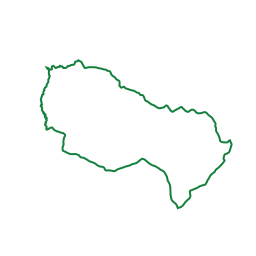 the district of Córdoba, Quindío, Colombia, rotated 29°
{"feature_id": "7082276B37877063835041", "entity_name": "Córdoba", "entity_type": "district", "adm_level": 2, "iso_a3": "COL", "parent_name": "Colombia", "parent_adm1": "Quindío", "projection": "mercator", "projection_center": [-75.669, 4.396], "detail": "fine", "context": "isolated", "style": "outline", "palette": "green", "viewbox_px": 256, "rotation_deg": 29, "n_neighbors": 0, "source": "geoboundaries", "source_scale": "gbopen_adm2", "svg_char_len": 5649}
<svg xmlns="http://www.w3.org/2000/svg" viewBox="0 0 256 256"><g transform="rotate(29 128 128)"><path d="M223.2,89.3L222.9,89.6L222.4,90.7L222.0,92.1L221.8,92.4L221.2,92.8L219.6,93.7L218.0,94.4L216.7,94.8L215.9,94.8L215.1,94.7L214.7,94.5L213.7,93.2L211.5,91.1L209.4,89.6L207.0,88.3L206.4,87.8L205.9,86.9L205.4,86.0L204.9,85.2L203.6,84.4L203.3,83.9L203.0,83.0L202.7,82.2L202.2,81.5L201.7,81.1L200.8,80.8L197.6,78.8L196.0,78.2L192.0,77.6L189.3,76.7L188.1,76.6L186.7,77.4L185.1,79.2L183.9,80.2L182.4,81.0L181.5,81.4L180.1,81.3L178.2,80.6L176.7,80.3L175.2,80.8L174.3,81.8L173.2,84.1L172.6,84.9L171.4,85.0L170.5,85.3L167.9,84.5L166.1,84.2L165.3,83.7L164.8,83.7L164.2,84.0L163.6,84.8L163.2,85.7L160.5,89.8L159.5,91.8L159.1,92.2L158.6,92.3L157.7,92.1L157.2,92.2L156.5,92.1L155.3,91.2L154.8,91.0L154.0,90.8L153.5,90.6L153.0,90.2L152.2,89.7L151.4,89.5L150.8,89.6L150.4,89.9L150.1,90.4L149.5,92.3L149.2,92.8L147.8,93.8L146.6,95.1L146.1,95.4L145.3,95.7L144.1,95.9L142.9,95.8L141.9,95.7L140.2,95.7L139.1,95.6L137.6,95.9L135.8,95.9L133.7,95.6L132.6,95.3L132.2,95.3L131.7,95.5L131.0,95.6L130.0,95.5L129.3,95.2L126.6,92.9L125.6,92.4L125.2,92.2L124.7,92.2L124.3,92.4L123.6,92.8L123.1,93.0L122.6,93.0L122.2,93.0L121.8,92.8L121.1,92.3L120.7,92.1L120.3,92.1L119.8,92.2L119.0,92.6L118.4,92.7L115.8,92.5L113.9,92.9L112.5,93.3L110.8,93.8L109.3,93.9L107.1,94.4L106.5,94.4L106.0,94.3L105.3,94.0L105.0,93.9L104.3,94.0L104.0,94.2L103.1,95.5L102.6,95.9L102.1,96.0L101.6,95.8L100.5,95.2L100.2,95.0L99.8,95.0L98.9,92.7L97.7,91.2L97.3,91.1L96.8,91.0L94.9,91.1L94.1,91.0L93.4,90.8L92.3,90.2L91.8,90.0L89.7,89.9L88.9,89.8L87.5,89.2L86.9,88.8L86.0,88.0L85.2,87.5L84.7,87.3L84.2,87.3L82.2,87.9L80.7,87.7L80.2,87.8L78.3,88.5L75.9,89.0L72.8,90.1L71.3,90.3L70.5,90.5L65.1,93.3L63.7,94.3L61.9,96.0L61.4,96.4L61.0,96.4L60.6,96.3L59.7,95.5L59.0,95.4L58.7,95.2L57.9,94.5L57.0,94.1L55.6,93.0L54.7,92.8L52.8,93.0L52.3,92.9L51.8,92.8L51.1,94.4L49.8,95.5L49.8,95.9L50.1,97.3L50.1,98.0L50.0,98.7L49.7,99.1L49.2,99.5L48.6,99.7L47.2,101.1L47.1,101.6L46.9,102.0L46.5,102.3L45.5,102.8L45.3,103.0L45.3,103.7L45.1,104.4L44.7,105.3L44.1,105.9L43.1,106.5L42.6,106.8L42.1,106.8L41.8,106.7L41.1,106.1L40.8,106.0L40.3,106.1L39.6,106.7L39.3,106.8L38.6,106.5L38.3,106.5L38.1,107.0L38.1,108.1L37.8,108.4L36.6,109.1L36.5,109.4L36.2,110.0L35.9,110.5L35.6,110.6L35.3,110.6L33.2,109.9L32.7,109.9L32.4,110.0L31.9,110.6L31.7,111.2L31.9,111.8L32.7,113.1L32.8,113.5L32.8,113.9L32.5,114.2L31.8,114.5L31.0,114.6L29.0,114.4L27.7,114.6L28.5,115.1L29.9,115.4L30.6,115.7L31.1,116.1L32.3,118.6L32.7,119.1L33.4,120.0L33.7,120.2L34.3,120.3L34.5,120.6L34.5,121.7L34.9,122.9L34.8,124.0L34.9,124.5L35.6,125.5L35.9,126.5L36.0,127.8L35.8,128.9L35.8,129.4L36.6,131.1L36.4,131.8L35.8,133.0L36.0,134.0L35.9,134.9L36.0,135.2L36.6,135.7L36.6,135.8L36.4,136.6L36.7,138.0L37.0,138.6L37.5,139.1L37.6,139.3L37.6,139.7L36.9,140.4L36.9,140.9L37.5,142.2L37.3,142.9L37.7,143.9L37.7,144.8L37.9,145.4L38.2,145.7L38.6,145.9L38.9,146.5L39.6,147.0L39.9,147.8L40.2,148.0L41.2,148.9L41.4,149.2L41.4,149.6L41.3,149.8L40.9,150.1L41.2,150.6L41.1,151.2L41.5,151.3L42.0,151.2L42.8,151.8L43.4,152.2L43.4,153.1L44.3,154.3L45.0,154.5L45.6,154.9L46.9,155.2L47.1,155.5L46.9,155.8L46.6,155.7L46.5,155.8L46.6,156.0L47.4,156.4L48.3,156.1L48.8,156.8L49.1,156.7L49.3,156.4L49.6,156.5L49.5,157.2L49.8,157.8L49.7,158.2L49.8,158.5L50.1,158.7L50.4,158.4L50.9,158.2L51.5,158.3L52.4,159.1L52.5,159.4L52.1,159.9L52.0,160.0L52.8,160.5L53.3,161.0L53.3,161.7L53.1,162.7L53.4,163.2L53.9,163.5L54.0,163.7L53.9,164.0L53.6,164.6L53.7,165.0L53.8,165.3L54.1,165.6L55.6,166.0L56.3,166.4L57.0,168.5L57.3,168.7L57.7,168.8L58.0,168.6L59.1,167.2L59.3,166.9L59.4,166.3L60.3,165.3L61.1,164.5L61.9,164.4L63.8,165.3L64.9,165.5L66.3,165.4L67.5,165.4L69.3,164.8L70.8,164.8L72.4,164.3L73.9,163.9L74.5,164.0L75.6,164.2L76.3,164.6L76.6,165.0L77.0,168.4L78.1,171.2L78.5,172.0L79.4,173.0L79.8,174.0L80.0,176.1L80.4,177.0L81.1,178.3L81.6,179.0L81.9,179.3L82.3,179.4L85.0,179.2L87.5,179.1L89.2,178.9L90.4,178.6L92.2,177.8L93.0,177.2L94.4,176.3L95.1,176.1L97.4,175.7L98.5,175.7L100.3,176.5L100.8,176.5L103.8,175.6L105.9,175.5L109.1,175.7L110.8,175.7L112.1,175.6L113.6,175.2L115.8,175.0L117.1,175.1L119.7,175.5L121.2,175.4L122.1,175.3L122.9,174.9L124.3,174.4L125.3,174.2L126.2,174.3L126.9,174.6L127.9,175.4L128.7,175.8L129.3,175.7L130.0,175.5L131.6,174.4L133.2,173.7L136.0,172.8L136.8,172.5L137.3,172.1L137.7,171.6L138.4,170.1L139.8,168.2L142.7,165.1L144.4,163.1L147.6,160.0L149.2,157.7L152.4,154.5L152.8,153.7L153.3,152.3L154.9,148.6L155.2,148.1L156.0,147.8L157.0,147.6L158.4,147.6L160.1,148.0L163.8,148.7L165.4,148.8L166.9,148.8L168.0,148.7L169.5,148.3L170.7,148.2L174.1,148.3L176.5,148.7L178.0,148.6L179.2,148.6L181.3,149.0L185.6,151.7L188.2,154.7L188.9,155.2L190.2,155.9L192.4,157.6L194.6,160.6L195.2,161.9L196.8,164.4L197.4,165.7L198.1,166.3L198.8,167.3L200.8,169.5L201.9,170.1L203.0,170.5L205.1,170.9L206.2,171.1L207.2,171.4L208.4,172.2L210.4,173.9L211.1,173.0L212.0,172.2L212.8,171.2L213.4,169.6L213.8,167.5L214.0,165.5L214.8,162.5L215.6,160.5L215.8,159.7L215.8,157.9L215.5,157.1L215.1,156.5L212.9,153.8L212.8,153.2L212.8,152.8L214.2,150.9L217.3,147.2L219.0,144.2L220.9,142.1L222.9,140.2L223.1,139.7L223.1,138.0L223.2,137.5L223.1,136.6L222.9,135.8L223.1,133.4L223.1,129.5L223.3,128.4L225.1,124.2L225.0,122.5L225.1,121.9L226.3,118.9L227.3,115.8L227.3,115.5L227.7,114.1L228.1,112.0L228.3,110.3L228.3,109.8L228.1,109.4L227.0,109.0L226.6,108.6L226.2,108.1L225.9,106.9L225.6,105.9L225.4,104.7L225.5,104.2L225.9,103.6L226.6,102.9L227.8,100.9L228.0,100.4L228.1,99.8L228.1,99.2L227.4,95.6L226.7,92.5L226.4,91.9L226.0,91.5L223.9,90.0L223.2,89.3Z" fill="none" stroke="#15803d" stroke-width="2"/></g></svg>